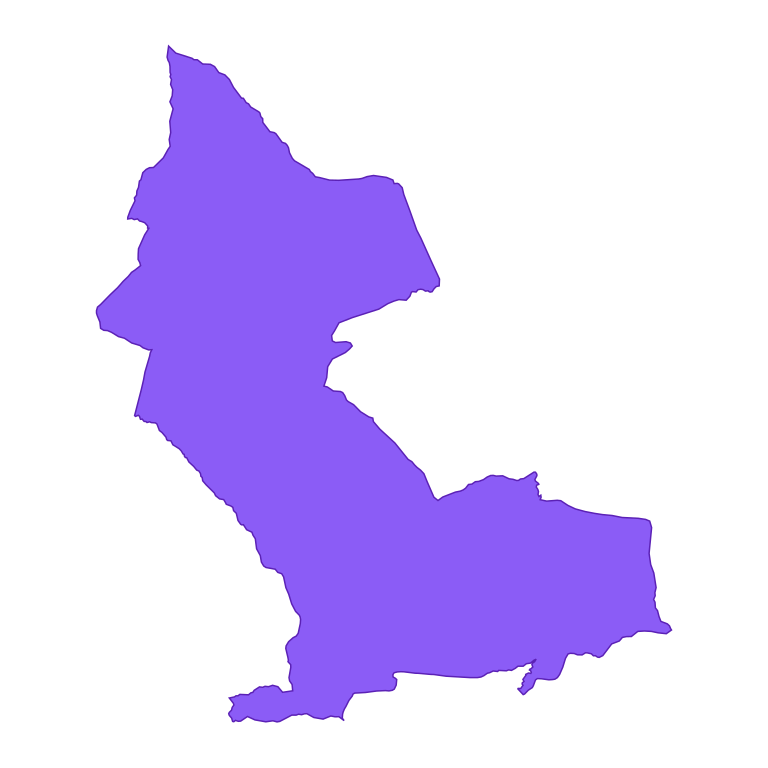 Dimbelenge, Kasaï-Occidental, Democratic Republic of the Congo (orthographic projection)
{"feature_id": "63176286B75664078742838", "entity_name": "Dimbelenge", "entity_type": "district", "adm_level": 2, "iso_a3": "COD", "parent_name": "Democratic Republic of the Congo", "parent_adm1": "Kasaï-Occidental", "projection": "orthographic", "projection_center": [22.979, -5.024], "detail": "fine", "context": "isolated", "style": "filled", "palette": "violet", "viewbox_px": 768, "rotation_deg": 0, "n_neighbors": 0, "source": "geoboundaries", "source_scale": "gbopen_adm2", "svg_char_len": 6102}
<svg xmlns="http://www.w3.org/2000/svg" viewBox="0 0 768 768"><path d="M229.3,698.0L233.4,703.3L233.9,705.0L232.2,707.4L231.5,710.2L229.3,712.4L228.7,713.7L229.3,715.4L231.6,718.1L232.6,721.4L233.8,721.7L235.5,720.4L238.3,721.3L240.7,721.1L247.5,716.5L254.9,719.9L265.8,721.8L272.9,720.8L277.0,721.9L279.8,721.4L291.8,715.1L296.2,715.1L298.6,714.2L301.6,714.7L304.5,713.8L306.9,713.7L313.8,717.5L323.1,719.1L330.8,716.0L335.1,716.8L338.9,716.7L344.1,720.6L342.3,718.2L342.6,714.1L343.2,711.9L344.4,709.0L345.9,706.5L348.9,700.5L352.3,696.0L353.0,694.1L354.6,693.1L365.4,692.5L376.7,691.0L385.4,690.6L389.0,690.9L392.3,690.3L394.3,689.1L396.2,685.1L396.7,679.5L395.1,678.1L393.1,677.0L392.9,674.8L393.7,673.2L394.6,672.6L397.4,671.9L400.9,671.7L403.9,671.8L415.2,673.2L418.5,673.3L430.8,674.4L433.8,674.5L446.1,676.2L470.3,677.6L477.4,677.6L481.0,677.0L483.8,675.7L487.4,673.2L489.7,672.7L493.2,671.0L497.7,671.5L498.7,670.4L506.4,670.8L508.7,669.9L511.5,670.4L515.2,668.4L518.0,666.2L523.2,666.2L526.4,663.7L530.5,663.1L534.4,659.9L535.2,659.8L536.2,659.1L534.5,661.8L532.4,663.2L531.9,664.5L532.8,667.0L531.2,668.6L529.7,669.3L529.4,670.0L530.6,670.7L531.3,672.3L530.8,673.4L528.5,673.0L525.7,674.4L525.9,675.3L522.9,679.4L524.0,681.5L522.3,682.8L522.1,684.0L523.0,685.3L520.7,688.5L518.2,688.4L517.9,688.9L523.2,694.6L524.6,694.0L528.3,690.2L532.3,687.6L533.3,685.8L535.5,679.9L537.4,678.6L541.6,678.8L548.8,679.8L552.3,679.6L554.9,679.2L557.4,677.6L559.6,674.5L562.8,667.1L565.5,658.3L568.1,653.9L570.4,653.3L574.2,653.5L577.4,654.8L582.1,654.9L585.5,652.8L587.4,652.9L591.4,653.8L593.4,655.8L595.4,655.7L597.5,657.1L599.2,657.4L602.8,655.6L611.7,643.9L619.3,641.0L622.4,637.4L626.4,636.6L631.4,636.5L637.8,631.4L644.4,631.0L651.4,631.4L658.0,632.8L666.3,633.7L671.5,630.0L670.6,628.6L669.5,625.9L667.4,623.9L660.9,621.4L659.0,616.5L657.5,610.6L655.4,607.9L655.0,602.2L653.6,599.4L655.2,595.8L654.9,592.6L656.1,587.6L653.8,573.0L650.7,564.6L649.1,553.4L651.6,527.6L649.7,521.1L645.6,519.4L638.2,518.3L622.2,517.5L612.1,515.5L602.5,514.6L594.7,513.4L585.3,511.6L575.3,508.9L567.9,505.4L560.8,500.7L557.2,500.3L546.6,501.1L540.2,499.7L541.1,497.2L540.8,495.2L539.0,496.5L538.0,494.5L538.5,491.7L537.8,489.4L536.3,487.1L536.6,485.2L538.8,484.4L538.5,483.5L535.4,481.0L534.9,479.5L536.9,475.7L536.8,474.2L535.5,472.2L534.0,472.1L523.8,478.6L520.4,479.0L518.5,480.4L516.7,480.5L513.0,479.3L509.1,478.8L502.7,475.8L496.1,476.1L493.4,475.4L490.7,475.5L487.2,477.0L483.5,479.6L478.8,481.4L475.3,481.7L471.9,484.1L468.5,484.5L465.6,488.2L463.2,489.9L460.4,491.1L455.4,492.1L442.8,497.0L438.0,500.5L433.9,497.2L427.1,481.6L423.9,473.7L420.5,470.1L417.0,467.4L414.5,464.9L412.0,461.8L408.1,459.4L394.9,443.0L379.8,429.1L373.4,421.6L372.8,418.1L368.8,416.9L360.5,411.7L353.6,404.7L348.2,401.6L346.5,400.0L344.7,395.6L342.7,392.6L340.4,391.5L333.3,391.0L327.4,387.0L323.9,386.1L326.7,377.7L327.7,366.7L332.4,359.0L345.4,352.5L349.5,349.0L352.2,346.0L350.4,343.0L346.1,341.7L335.5,342.5L332.3,340.9L331.6,335.5L334.5,330.9L339.0,322.8L352.3,317.6L378.9,309.1L387.9,303.6L393.9,301.1L398.9,299.6L406.2,300.2L409.9,296.2L411.4,292.2L412.6,291.6L416.1,292.0L418.0,289.7L420.7,289.2L423.1,289.6L425.4,291.1L428.1,290.8L429.0,291.6L430.1,292.1L432.1,291.7L434.1,288.7L436.3,286.5L439.2,285.9L439.5,279.1L430.7,260.0L420.9,238.2L416.7,230.1L409.9,210.9L403.8,194.5L402.2,187.7L398.7,183.9L397.4,183.4L394.1,183.6L392.9,180.0L386.5,177.4L373.5,175.5L367.1,176.6L362.1,178.4L358.7,179.0L338.8,180.3L329.6,180.1L319.7,177.6L315.3,176.8L312.7,173.4L310.4,171.5L309.3,169.5L294.5,160.8L292.3,158.3L289.5,152.8L288.5,147.8L287.2,145.3L285.5,143.4L282.1,142.3L275.9,133.7L274.2,132.6L269.9,131.7L262.8,122.4L262.7,118.7L260.8,116.6L259.9,113.0L259.0,112.0L250.7,107.0L248.5,103.8L246.2,102.7L243.4,98.3L241.5,98.1L233.5,87.4L229.4,79.5L224.9,74.9L218.8,72.6L214.6,66.6L210.4,64.3L202.7,64.0L197.4,59.8L193.9,59.7L192.1,58.3L175.8,53.1L168.6,46.1L167.1,57.1L168.1,60.5L169.3,62.6L170.0,66.4L170.1,72.4L170.8,74.5L170.1,76.7L171.5,79.5L170.6,84.4L172.7,89.6L172.2,95.9L169.9,101.8L173.1,108.8L169.8,121.2L170.7,132.6L169.2,139.5L170.2,146.3L168.1,149.3L163.3,157.9L153.5,167.5L149.5,167.7L146.2,169.4L142.8,172.7L140.9,179.8L139.4,181.1L138.5,187.4L136.9,191.0L136.6,195.2L134.4,197.9L135.0,200.8L130.3,210.4L127.8,217.2L127.7,219.0L131.8,218.4L134.2,219.6L137.5,218.9L139.6,221.0L141.6,221.5L144.7,222.7L147.7,226.0L147.6,228.1L148.8,228.3L144.7,234.8L138.5,248.7L138.2,253.9L138.1,259.4L139.8,262.6L140.6,265.6L134.9,270.1L131.5,272.4L128.3,276.4L123.1,281.4L117.5,287.8L110.4,294.5L100.6,304.5L97.5,307.1L96.5,310.6L96.5,313.1L97.3,315.7L99.9,322.0L100.6,328.4L103.8,330.3L107.6,330.6L111.5,332.3L118.5,336.6L124.4,338.2L131.7,343.0L140.0,345.5L143.0,347.8L148.6,349.9L151.8,349.7L150.3,352.8L149.6,356.3L145.0,372.0L143.5,380.1L141.3,389.6L134.6,415.6L135.5,416.4L138.3,415.3L139.4,416.2L140.5,419.3L142.2,419.1L144.1,421.4L146.0,421.6L147.0,422.5L149.7,421.8L151.2,422.6L155.5,422.9L157.0,424.1L159.4,430.5L162.0,432.5L166.0,437.2L166.7,439.6L167.7,440.5L170.9,440.8L172.9,444.8L179.2,448.7L181.2,450.8L183.1,454.0L184.2,454.4L184.4,456.1L185.3,457.5L186.7,457.7L188.9,462.0L193.7,466.4L196.7,470.1L198.9,471.0L200.5,473.6L200.9,476.3L202.2,477.5L202.7,480.8L206.1,484.8L214.3,492.9L215.6,495.7L219.6,498.9L223.7,499.6L225.5,502.6L226.3,504.3L230.7,505.9L232.8,507.3L233.6,510.7L236.3,513.3L238.0,520.5L240.7,524.3L241.9,524.9L243.4,524.7L246.6,529.7L251.9,532.2L253.1,535.4L255.3,538.7L256.6,548.8L260.3,555.6L261.4,562.1L263.7,566.0L266.0,567.5L275.2,569.2L277.8,572.4L281.7,573.7L283.6,576.9L285.9,587.7L288.7,594.1L291.7,603.9L295.6,611.4L299.3,615.2L300.1,616.9L300.6,619.5L300.3,623.6L298.2,633.3L296.2,636.1L293.1,637.7L288.6,641.7L286.1,645.9L285.8,648.5L287.9,657.4L288.4,660.2L288.0,661.7L290.7,664.7L290.8,667.4L289.0,677.6L289.6,680.9L292.1,684.5L292.7,690.8L282.6,692.3L277.9,686.7L272.6,685.3L268.5,686.7L265.0,686.3L262.7,687.3L259.5,686.9L254.2,690.3L252.8,692.4L250.9,692.8L248.5,694.8L239.8,694.4L238.0,695.8L236.0,695.8L234.5,696.9L229.3,698.0Z" fill="#8b5cf6" stroke="#5b21b6" stroke-width="1.5"/></svg>